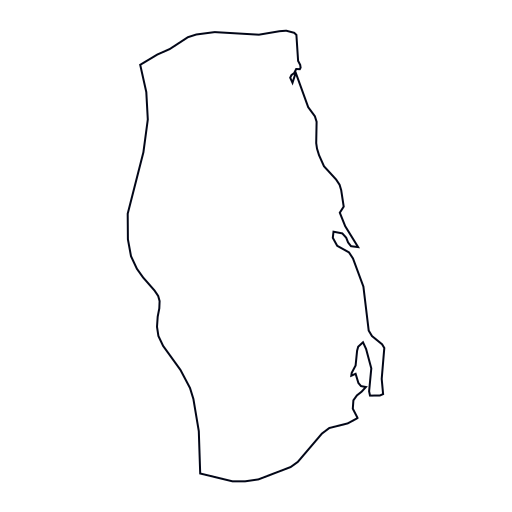 the Province of Bình Định
{"feature_id": "VNM-485", "entity_name": "Bình Định", "entity_type": "Province", "adm_level": 1, "iso_a3": "VNM", "parent_name": "Vietnam", "parent_adm1": "", "projection": "albers", "projection_center": [109.055, 14.11], "detail": "fine", "context": "isolated", "style": "outline", "palette": "ink", "viewbox_px": 512, "rotation_deg": 0, "n_neighbors": 0, "source": "natural_earth", "source_scale": "10m", "svg_char_len": 1351}
<svg xmlns="http://www.w3.org/2000/svg" viewBox="0 0 512 512"><path d="M296.4,34.9L298.1,60.9L300.2,64.9L300.6,67.6L299.8,69.2L296.2,69.0L294.1,73.2L291.5,75.0L290.2,77.7L292.5,82.8L295.0,75.0L295.4,71.8L308.2,107.2L314.9,116.3L316.6,121.8L316.2,143.1L317.0,148.6L319.0,155.1L324.0,166.3L336.1,179.5L339.6,184.8L341.2,190.2L343.7,206.6L339.8,212.7L345.2,226.2L358.1,247.1L351.0,246.2L348.1,242.5L346.2,237.7L342.3,233.4L333.5,231.7L332.8,237.8L337.2,245.8L349.0,252.4L353.0,258.5L363.4,286.6L368.7,330.6L372.0,336.1L382.1,344.3L384.3,348.0L381.7,378.9L383.1,394.1L379.9,395.5L370.0,395.6L369.1,391.3L371.3,368.4L366.1,349.0L363.0,342.3L358.2,346.7L357.1,350.7L355.6,365.5L351.7,372.9L351.3,375.7L355.6,373.8L358.4,383.0L361.0,386.1L365.9,387.0L361.6,391.7L356.9,395.4L353.4,400.3L352.8,408.7L357.4,417.6L357.5,418.0L356.6,418.6L347.7,423.4L329.3,428.0L321.9,433.6L297.8,461.9L290.7,467.0L258.4,479.4L245.3,481.3L232.4,481.3L200.2,473.5L198.8,431.2L193.4,399.0L190.0,388.0L180.5,370.0L163.1,345.9L158.4,336.0L157.0,326.8L157.7,316.6L159.3,308.4L159.6,301.1L158.2,296.0L154.5,290.5L143.1,277.5L136.9,268.8L131.0,256.2L127.9,239.3L127.7,213.7L143.4,152.3L147.8,119.5L146.3,92.1L140.2,64.8L157.4,54.5L169.8,49.0L187.9,37.2L196.3,34.5L214.7,32.1L258.9,34.7L279.6,31.2L286.2,30.7L294.2,32.8L296.4,34.9Z" fill="none" stroke="#020617" stroke-width="2"/></svg>